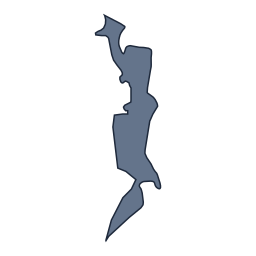 the Province of Quneitra
{"feature_id": "SYR-145", "entity_name": "Quneitra", "entity_type": "Province", "adm_level": 1, "iso_a3": "SYR", "parent_name": "Syria", "parent_adm1": "", "projection": "albers", "projection_center": [35.916, 33.079], "detail": "fine", "context": "isolated", "style": "filled", "palette": "slate", "viewbox_px": 256, "rotation_deg": 0, "n_neighbors": 0, "source": "natural_earth", "source_scale": "10m", "svg_char_len": 1883}
<svg xmlns="http://www.w3.org/2000/svg" viewBox="0 0 256 256"><path d="M106.0,240.6L105.9,240.3L111.4,220.1L122.9,197.7L131.4,189.1L135.9,179.6L125.9,171.4L117.8,168.1L112.9,127.0L114.4,115.1L122.9,114.0L127.7,114.0L127.7,110.7L125.6,110.7L124.1,108.9L123.5,107.1L124.7,105.3L126.8,104.2L129.0,103.1L130.8,102.1L131.0,100.3L131.0,95.6L131.0,88.0L129.6,85.4L129.0,82.9L126.8,81.5L125.3,81.1L122.9,82.9L122.0,82.9L120.8,81.9L119.9,79.3L119.9,77.1L122.3,74.7L122.3,72.8L121.1,70.3L116.9,64.9L113.6,60.2L111.8,54.8L109.0,40.3L108.7,38.5L107.8,37.1L105.7,35.6L101.8,35.6L98.2,35.2L95.8,34.9L95.5,33.1L96.4,32.4L98.2,31.3L100.9,30.2L103.6,28.1L105.4,24.1L105.7,19.8L104.8,15.8L104.6,15.4L120.8,23.8L124.8,26.5L124.8,27.3L124.5,28.1L122.6,30.4L120.9,33.0L120.6,33.7L120.0,35.0L119.3,37.6L118.8,40.4L118.7,42.3L118.8,44.3L119.0,45.2L119.4,46.7L121.8,52.3L122.8,53.4L123.6,53.7L124.0,53.1L124.4,52.4L124.9,50.9L125.5,49.0L125.5,48.9L125.7,48.3L126.0,47.7L126.5,47.1L127.0,46.6L128.5,46.0L129.4,45.8L130.4,45.7L139.3,47.3L143.8,47.5L148.7,48.3L150.3,49.2L151.2,50.0L151.4,50.9L151.5,51.8L151.5,53.9L151.1,57.7L151.2,64.7L151.1,66.9L150.5,69.9L147.5,87.7L147.2,92.4L147.6,93.1L153.1,97.1L154.0,98.1L155.2,99.7L157.0,103.2L157.5,105.1L157.6,106.3L152.8,114.2L150.2,120.2L149.8,120.8L145.1,149.8L144.9,153.3L146.8,157.7L151.3,164.4L151.3,164.6L153.5,169.1L155.2,171.6L156.7,173.3L157.4,174.9L160.0,183.1L160.5,185.7L160.5,187.5L160.2,188.2L159.7,188.7L159.0,188.7L158.3,188.5L157.6,188.1L157.0,187.7L156.4,187.2L156.0,186.6L155.5,185.9L155.2,185.2L154.7,183.6L154.5,182.8L154.1,182.2L153.5,181.7L152.7,181.4L150.8,181.1L144.0,181.5L142.8,181.8L141.5,182.5L139.9,183.9L139.4,185.0L139.3,186.1L139.6,186.8L140.0,187.5L140.9,188.7L141.5,190.4L142.2,193.1L143.3,202.2L143.1,204.3L142.9,205.0L140.9,207.8L129.3,217.3L108.7,236.3L106.0,240.6Z" fill="#64748b" stroke="#1e293b" stroke-width="1.5"/></svg>